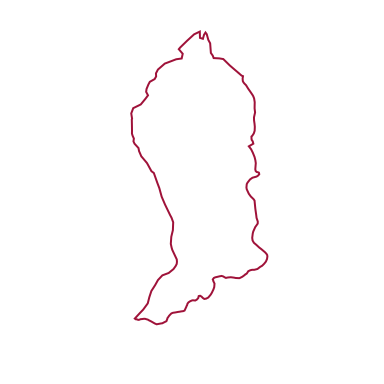 Madobi, Kano, Nigeria (orthographic projection), rotated 127°
{"feature_id": "59680162B5579026585541", "entity_name": "Madobi", "entity_type": "district", "adm_level": 2, "iso_a3": "NGA", "parent_name": "Nigeria", "parent_adm1": "Kano", "projection": "orthographic", "projection_center": [8.387, 11.817], "detail": "fine", "context": "isolated", "style": "outline", "palette": "rose", "viewbox_px": 384, "rotation_deg": 127, "n_neighbors": 0, "source": "geoboundaries", "source_scale": "gbopen_adm2", "svg_char_len": 3352}
<svg xmlns="http://www.w3.org/2000/svg" viewBox="0 0 384 384"><g transform="rotate(127 192 192)"><path d="M327.5,161.5L327.5,160.3L326.8,159.2L326.5,158.0L325.7,157.2L324.6,156.6L323.4,155.3L322.5,154.4L322.1,154.0L321.5,153.1L321.0,151.7L320.5,150.5L320.4,149.3L319.9,146.6L319.4,142.5L318.9,140.6L315.7,137.7L314.7,136.7L312.8,135.8L310.6,134.7L308.7,135.2L307.5,135.7L306.3,135.7L304.9,135.8L303.6,135.7L302.0,135.5L301.4,135.4L300.7,135.0L299.9,134.5L299.6,134.2L299.2,133.8L298.2,132.8L296.2,131.0L294.7,129.5L294.3,129.2L293.9,128.8L292.7,127.6L292.4,127.3L291.2,126.6L290.1,126.8L288.8,127.1L287.3,127.4L286.4,127.7L285.4,127.8L283.9,128.4L282.3,128.4L280.3,127.7L279.6,127.3L278.4,126.6L277.6,125.6L277.1,124.7L276.7,124.1L275.1,123.4L272.9,123.2L271.1,124.0L270.0,123.1L269.8,121.4L270.1,119.6L270.0,117.8L268.6,116.5L266.5,115.5L264.7,115.4L263.1,115.3L261.5,115.4L260.1,115.6L258.7,115.9L257.1,116.2L254.6,117.0L252.7,118.2L251.6,118.9L251.2,119.7L250.3,121.4L249.8,121.9L249.3,122.8L247.5,122.8L246.2,122.1L244.4,120.6L242.7,119.2L241.2,117.8L240.6,116.1L240.5,114.7L240.2,113.2L239.2,112.4L238.3,111.5L237.6,110.7L236.7,109.7L235.9,108.3L235.1,106.9L234.4,105.4L232.8,103.0L232.2,102.2L229.4,100.8L227.1,100.1L226.0,99.9L225.9,99.8L225.7,99.8L225.6,99.7L225.4,99.7L225.2,99.6L224.9,99.5L224.8,99.4L224.2,99.2L222.4,99.3L221.4,99.4L219.9,98.6L219.6,98.5L218.1,97.3L216.6,95.4L214.1,93.4L210.8,92.5L208.7,91.6L206.0,91.2L203.1,91.1L200.3,91.8L198.1,93.0L197.1,94.0L196.7,94.9L196.2,97.2L195.9,102.2L195.9,104.8L195.5,108.7L195.3,112.0L194.3,114.4L192.4,116.3L188.6,118.5L186.7,119.3L181.9,120.4L177.7,120.5L176.0,121.7L173.8,124.9L171.7,126.9L167.2,131.4L164.8,133.6L161.2,136.9L160.7,138.4L160.4,140.6L160.2,142.3L159.2,145.6L156.9,149.9L155.7,151.2L152.8,153.0L151.0,153.3L147.0,153.2L144.2,152.3L142.5,151.0L140.8,149.7L139.1,149.1L137.3,149.0L136.3,150.2L136.5,151.1L137.1,152.4L136.9,153.8L135.8,155.1L130.6,158.4L128.5,160.5L126.4,163.1L124.0,167.1L122.3,170.5L121.3,174.1L116.5,172.1L115.0,174.0L114.4,175.8L113.2,176.9L111.9,177.9L110.8,177.7L108.0,177.9L105.4,178.8L102.1,181.1L99.9,183.1L97.4,185.6L95.1,187.4L90.5,189.5L87.6,192.3L85.0,194.2L82.5,196.0L79.9,198.7L78.6,200.8L78.1,202.0L76.7,206.1L75.7,209.2L74.7,211.8L74.2,213.0L73.8,215.7L73.4,217.0L72.9,218.1L71.0,219.8L68.8,221.0L69.2,222.4L68.2,237.9L67.0,247.0L68.8,250.5L72.0,255.3L70.6,257.5L69.6,260.6L62.3,267.0L60.7,270.5L57.1,275.2L56.5,277.2L59.2,277.0L63.1,275.5L64.1,278.4L59.2,282.3L64.8,285.2L73.9,286.9L83.7,288.4L85.9,288.5L87.2,282.6L91.6,280.6L95.5,284.5L102.5,288.9L103.3,289.4L105.8,291.0L110.5,292.0L114.7,292.9L118.9,292.2L121.3,290.2L124.3,289.8L129.4,292.0L132.5,291.5L137.1,290.3L139.6,288.9L141.3,285.3L145.8,285.3L152.9,285.6L160.4,289.4L165.8,287.8L169.6,283.9L170.2,283.8L176.7,278.7L179.3,276.7L181.5,275.1L182.8,273.3L184.3,270.6L186.8,269.2L188.0,267.0L189.1,261.2L191.2,258.9L194.1,253.8L194.1,253.5L196.0,245.3L199.8,236.9L199.8,233.9L205.5,225.3L208.6,220.4L214.0,213.4L218.2,206.1L223.7,195.4L224.9,192.8L227.5,188.8L234.0,184.3L240.2,181.6L246.2,177.7L248.7,174.8L250.1,172.9L255.0,163.6L256.8,162.0L258.7,160.9L261.0,160.5L264.7,160.4L270.8,161.9L271.2,162.2L276.4,165.5L282.8,166.2L288.5,165.4L295.1,164.9L295.4,164.9L301.6,162.8L307.6,160.3L315.3,160.2L320.3,160.8L327.5,161.5Z" fill="none" stroke="#9f1239" stroke-width="2"/></g></svg>